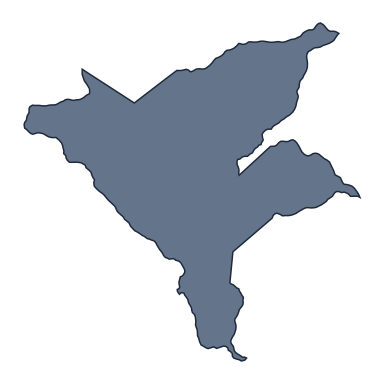 outline of Serra Nova Dourada, Mato Grosso, Brazil
{"feature_id": "56859067B93174038170819", "entity_name": "Serra Nova Dourada", "entity_type": "district", "adm_level": 2, "iso_a3": "BRA", "parent_name": "Brazil", "parent_adm1": "Mato Grosso", "projection": "orthographic", "projection_center": [-51.334, -12.07], "detail": "fine", "context": "isolated", "style": "filled", "palette": "slate", "viewbox_px": 384, "rotation_deg": 0, "n_neighbors": 0, "source": "geoboundaries", "source_scale": "gbopen_adm2", "svg_char_len": 5055}
<svg xmlns="http://www.w3.org/2000/svg" viewBox="0 0 384 384"><path d="M24.7,128.2L26.6,129.5L29.3,132.3L31.2,133.7L32.8,134.2L37.2,132.9L39.0,132.8L42.5,133.5L44.1,134.1L46.9,135.9L48.9,136.9L51.9,137.6L53.9,137.6L56.0,137.5L59.0,140.0L60.3,141.5L61.5,142.9L62.5,145.2L63.0,147.5L63.9,151.1L63.7,153.6L65.8,155.6L66.1,158.0L67.3,160.2L69.3,162.2L71.6,162.3L77.2,162.2L81.3,162.8L82.7,163.7L85.2,165.1L86.0,167.6L89.5,170.6L91.1,172.4L91.7,174.6L92.8,177.3L94.5,179.8L93.8,182.8L94.0,184.7L94.4,186.4L97.2,189.4L99.6,191.5L102.2,193.3L104.0,194.9L106.6,198.1L108.6,200.4L114.4,205.8L115.5,207.3L116.7,210.4L117.7,211.9L120.5,214.5L123.2,216.8L124.7,219.4L127.5,221.6L129.1,223.0L130.6,226.3L133.1,229.0L134.6,230.6L137.9,232.4L140.4,234.0L142.2,235.4L144.2,236.3L147.4,238.7L149.3,239.1L151.4,240.0L153.9,240.8L155.5,242.3L156.6,244.3L157.4,245.9L158.6,247.8L159.6,249.5L162.0,252.4L163.8,255.8L165.4,257.5L167.1,258.0L169.1,259.1L171.2,258.9L173.8,258.7L175.7,260.2L178.7,261.1L180.6,262.5L183.7,267.8L184.7,270.1L184.8,272.1L183.5,274.7L182.1,276.1L180.3,276.8L178.9,282.4L179.2,284.6L179.7,287.0L179.1,288.6L177.2,289.5L177.5,291.6L179.5,294.3L181.2,292.6L183.9,293.0L184.9,295.4L186.3,297.1L187.8,299.4L188.4,302.0L189.2,303.9L190.4,305.8L191.5,308.0L191.7,310.1L192.4,312.5L194.3,314.3L195.1,316.0L195.5,318.3L195.9,321.6L195.5,324.7L196.3,327.5L197.2,329.8L197.5,333.7L197.5,335.7L198.7,338.2L199.6,341.7L201.0,344.8L203.5,346.3L206.4,348.0L208.1,348.6L210.4,347.9L213.9,346.8L216.5,348.4L223.9,346.0L226.2,346.6L227.8,348.0L228.3,350.2L230.5,351.6L232.3,353.6L232.4,356.3L233.8,358.1L237.3,359.3L239.2,359.7L241.3,361.0L244.7,360.2L246.6,358.1L244.8,357.1L242.7,357.3L240.7,355.8L238.2,354.4L235.9,352.7L234.6,351.3L233.9,349.2L233.4,346.5L231.4,343.7L230.7,342.0L231.1,339.8L232.4,337.2L234.1,334.4L234.8,332.6L235.8,329.5L236.0,326.3L235.8,324.5L234.7,321.0L235.0,318.9L237.5,315.1L238.7,311.8L239.4,309.5L241.9,306.4L242.9,304.5L243.2,302.6L242.9,300.2L243.4,297.3L241.7,295.0L241.0,293.4L239.6,291.3L238.7,288.7L236.6,287.9L235.2,286.5L233.0,284.6L231.2,284.0L229.9,282.9L232.9,251.8L272.1,218.2L273.1,215.6L274.4,214.2L276.6,213.1L280.0,214.3L282.4,215.8L285.2,215.6L287.6,215.6L289.5,215.5L292.5,214.8L296.0,213.4L299.8,210.9L301.8,209.8L303.5,208.8L305.3,208.0L307.2,207.6L311.0,207.9L313.8,207.8L316.3,207.3L321.6,204.7L326.2,201.5L327.9,199.2L329.6,198.2L332.5,196.2L333.5,194.5L335.1,192.4L336.8,191.5L339.3,191.7L341.5,192.6L344.3,192.1L348.1,193.7L350.5,196.3L354.1,196.2L357.8,196.2L359.9,197.4L358.6,194.3L356.7,191.3L354.4,188.3L352.3,186.4L350.4,185.5L347.3,184.6L344.2,184.3L342.6,182.6L341.4,179.9L340.2,177.5L337.7,176.2L335.1,174.9L333.7,170.8L332.3,167.9L330.5,164.3L329.5,162.0L326.4,159.7L324.2,158.7L322.8,157.4L321.0,156.0L319.3,154.5L317.7,153.6L315.2,153.2L312.7,153.7L311.1,154.9L308.4,155.9L306.3,155.5L304.0,154.1L301.9,151.9L300.9,150.1L299.3,146.9L296.7,142.7L294.8,140.8L292.8,139.8L290.4,140.3L288.4,141.5L286.0,141.6L283.5,141.3L280.8,141.3L278.7,142.7L277.3,144.5L275.9,145.6L274.4,146.2L270.5,146.4L239.2,175.2L238.7,173.6L239.0,171.0L238.8,168.9L238.1,166.8L237.2,164.9L236.9,161.9L237.7,159.4L239.8,159.1L242.1,157.1L244.5,156.3L247.5,156.3L250.0,154.1L252.4,152.9L254.3,149.5L255.7,148.1L257.4,147.2L258.9,145.1L261.0,144.7L261.5,142.8L263.2,140.1L262.5,137.4L262.1,134.7L263.0,132.7L265.6,130.1L267.9,129.2L271.3,129.1L272.4,127.2L274.4,125.4L278.7,123.0L281.1,120.6L284.0,118.9L285.8,117.4L287.2,116.4L289.4,115.2L292.6,112.2L294.4,109.6L295.6,106.9L296.1,105.1L296.4,103.4L297.0,100.9L298.0,98.2L298.2,96.0L297.5,93.9L296.9,92.3L297.2,90.4L299.0,87.5L299.4,83.6L300.1,80.9L301.3,79.5L302.6,78.2L303.7,75.5L305.4,72.6L306.5,70.2L307.3,67.4L307.5,63.2L307.1,60.1L306.6,57.3L306.8,54.5L308.3,51.6L310.5,50.5L312.8,48.8L314.4,47.9L318.7,47.4L320.3,47.0L323.0,45.5L326.1,44.5L329.5,43.2L332.4,41.5L333.8,40.4L337.4,35.0L338.9,33.4L335.8,31.7L333.6,31.2L330.2,31.3L328.5,30.5L326.6,28.6L324.5,25.9L323.0,24.5L320.5,23.0L318.7,23.5L317.2,24.6L315.2,27.1L314.0,28.9L312.4,29.9L308.9,29.9L306.4,31.0L303.2,32.9L300.7,36.1L294.6,39.0L292.8,39.2L291.1,39.5L284.9,41.9L282.1,42.3L278.2,41.6L273.6,42.2L270.5,42.3L263.6,41.2L260.6,41.2L257.3,42.0L255.4,42.1L253.2,42.1L250.3,41.8L248.6,42.0L246.5,43.4L244.8,44.2L242.1,44.3L240.5,43.7L238.7,43.5L236.8,45.8L234.2,48.0L232.8,48.8L231.0,49.6L228.9,50.1L226.9,50.3L225.1,51.6L223.4,54.1L221.5,55.7L219.3,57.0L215.9,58.3L213.8,60.5L212.3,62.6L210.2,64.9L206.0,68.3L204.1,68.9L202.1,69.1L198.9,68.7L196.0,69.2L194.1,70.4L192.5,71.3L190.5,71.8L188.2,69.9L186.0,69.3L182.4,70.3L179.6,70.6L176.9,70.4L166.7,78.1L134.3,103.0L88.1,73.1L82.2,69.2L82.2,74.5L84.3,80.7L87.1,84.7L89.4,88.6L89.7,91.7L89.4,93.8L86.9,95.0L83.3,97.8L80.5,99.3L78.8,99.7L76.5,99.8L73.3,100.4L68.4,99.3L65.6,99.6L63.3,101.2L60.8,102.0L56.8,104.3L54.9,104.9L50.7,105.0L49.1,105.2L45.7,105.9L43.2,105.9L39.0,105.4L34.7,105.4L32.4,105.2L29.8,106.8L29.1,108.6L29.1,112.4L28.3,114.1L27.3,115.6L26.9,117.2L26.4,120.1L24.8,122.3L24.1,124.6L24.7,128.2Z" fill="#64748b" stroke="#1e293b" stroke-width="1.5"/></svg>